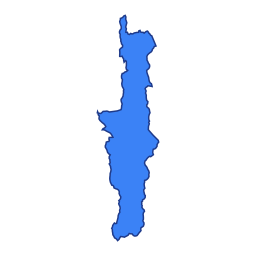 the district of Blumenau, Santa Catarina, Brazil
{"feature_id": "56859067B88872215704805", "entity_name": "Blumenau", "entity_type": "district", "adm_level": 2, "iso_a3": "BRA", "parent_name": "Brazil", "parent_adm1": "Santa Catarina", "projection": "equal_earth", "projection_center": [-49.103, -26.874], "detail": "fine", "context": "isolated", "style": "filled", "palette": "blue", "viewbox_px": 256, "rotation_deg": 0, "n_neighbors": 0, "source": "geoboundaries", "source_scale": "gbopen_adm2", "svg_char_len": 4425}
<svg xmlns="http://www.w3.org/2000/svg" viewBox="0 0 256 256"><path d="M98.2,113.1L98.2,114.8L99.3,116.0L99.1,117.5L99.0,118.9L100.0,120.5L101.1,121.5L102.2,122.6L103.8,123.8L105.1,125.3L105.8,126.5L105.0,127.6L104.1,128.2L103.1,128.6L102.3,129.8L103.7,129.8L104.8,130.1L106.1,130.9L107.2,131.5L108.3,132.0L109.9,132.8L111.1,134.0L112.2,135.8L112.9,137.3L111.8,137.4L110.7,137.4L109.2,137.4L108.9,139.1L109.4,140.1L108.9,141.4L107.6,141.6L106.3,142.1L105.9,144.3L105.3,145.7L105.3,147.2L106.1,148.5L107.0,150.2L107.5,152.2L108.7,153.8L110.2,154.8L109.2,156.7L109.2,158.5L109.9,159.6L109.9,160.9L110.2,162.8L109.2,163.9L109.8,164.9L110.5,166.3L110.7,167.9L111.1,169.4L110.8,171.5L110.2,173.4L110.1,175.4L109.9,177.0L109.8,178.8L110.0,180.4L110.4,182.2L111.1,183.7L111.8,185.2L112.9,185.4L113.7,186.3L114.0,187.9L115.9,188.8L117.3,189.2L118.5,190.1L119.3,191.7L119.1,193.4L119.7,195.1L120.8,196.9L120.5,198.7L119.8,199.7L118.8,200.6L119.4,201.7L118.7,203.7L119.2,205.1L119.8,206.2L120.1,207.4L120.2,208.7L119.6,210.2L119.8,212.4L118.9,213.6L118.2,215.5L118.0,217.7L117.3,220.4L116.9,221.8L116.6,223.4L115.4,223.6L114.4,223.0L113.4,224.4L112.7,225.5L112.4,227.2L111.7,228.3L112.3,229.3L112.4,231.4L112.7,233.0L112.9,234.8L113.8,236.2L114.6,237.9L116.0,238.6L116.8,239.4L117.6,240.6L119.0,239.4L119.8,237.8L120.7,236.5L122.0,236.7L123.2,236.8L124.3,237.2L125.7,236.5L126.9,235.9L128.2,235.1L129.2,233.5L130.7,233.8L132.2,233.9L133.2,235.3L134.4,236.0L135.8,236.0L137.1,235.5L138.1,234.2L138.8,233.2L139.5,232.3L140.2,231.6L141.0,230.6L140.7,229.1L141.1,227.6L142.4,226.9L143.4,226.1L144.0,224.2L143.9,222.7L143.2,221.7L142.9,220.4L143.4,219.3L143.4,217.6L143.3,215.8L143.1,214.2L143.5,212.6L144.5,211.3L144.1,209.9L142.9,208.9L141.9,207.3L142.2,205.7L141.6,204.4L141.8,203.1L141.6,201.8L142.5,201.2L142.6,199.8L144.1,199.0L145.1,197.6L145.3,195.6L144.5,194.5L144.3,193.2L143.9,191.9L143.7,189.8L144.9,188.2L144.5,187.0L144.3,185.7L144.1,184.0L144.6,182.3L144.6,180.4L146.2,180.0L147.4,179.0L148.3,177.9L149.0,176.4L148.8,174.6L149.2,172.7L148.7,170.8L147.8,169.5L147.0,167.5L146.2,166.2L145.3,165.4L144.5,163.1L145.0,161.0L146.0,160.2L146.8,158.9L147.8,157.7L148.7,156.9L149.6,156.3L150.7,156.7L152.2,155.6L153.4,154.7L152.7,152.7L152.9,150.6L153.3,149.2L154.8,148.9L156.1,147.8L157.1,146.1L157.0,144.8L157.7,143.4L158.7,142.1L158.2,140.3L153.9,136.0L153.1,135.2L149.3,130.9L148.3,129.6L148.4,127.9L148.5,126.1L149.3,123.8L148.7,122.3L149.5,121.1L148.8,119.7L148.7,118.3L148.7,116.7L149.0,115.3L149.4,114.0L150.0,112.8L149.6,111.2L149.3,109.4L148.6,108.2L147.7,107.6L146.8,106.6L146.8,104.7L147.6,103.8L147.9,101.6L146.7,100.4L146.4,98.9L146.2,97.0L146.3,95.5L146.0,94.2L145.5,93.1L146.1,91.0L145.1,88.7L145.8,87.5L146.7,87.0L148.0,85.8L149.5,86.0L150.7,86.2L152.1,86.5L151.8,85.1L151.4,83.7L150.2,82.9L149.3,81.3L148.9,79.3L148.6,77.2L147.6,74.6L146.9,72.4L146.7,70.5L147.4,69.7L148.3,69.0L149.3,67.8L149.7,66.1L149.5,64.7L148.4,63.2L147.7,61.4L147.0,60.2L147.0,58.1L146.8,56.7L147.5,55.0L148.6,53.8L150.1,52.6L151.3,51.8L152.1,50.6L152.4,49.3L153.6,48.0L154.3,46.5L156.0,46.0L151.7,35.7L150.6,35.3L149.9,34.0L148.9,33.2L148.4,32.2L147.5,31.1L146.3,31.4L145.1,32.3L144.1,33.1L143.1,32.3L141.8,32.4L140.6,32.0L140.0,30.4L138.8,30.9L138.6,32.4L137.1,32.4L135.5,32.7L134.1,33.0L133.0,33.8L131.8,33.9L130.7,33.4L129.4,34.5L128.0,34.0L127.4,32.3L125.9,32.3L126.0,30.6L126.4,28.8L125.7,27.1L126.2,25.0L126.8,22.8L126.3,21.1L125.7,19.3L125.9,17.0L125.2,15.4L123.8,16.0L122.8,17.3L121.5,18.1L120.4,18.4L120.3,20.0L119.7,21.4L120.0,23.0L120.6,24.8L121.2,26.5L121.2,28.8L120.2,29.9L119.5,31.5L119.5,33.0L120.2,34.2L120.1,36.2L120.3,37.9L120.8,39.2L120.8,41.3L121.3,42.4L121.5,43.8L122.6,45.2L122.5,47.1L121.7,47.7L120.5,48.5L119.6,49.8L119.8,52.1L119.8,53.6L119.7,55.0L119.7,56.4L120.8,56.5L122.1,56.2L122.8,57.8L123.6,58.8L123.7,60.5L124.1,62.2L125.4,60.6L126.3,61.3L126.4,63.0L126.4,65.3L126.0,67.7L126.5,69.6L127.7,70.3L126.5,71.5L124.7,72.1L123.5,73.3L122.2,73.5L121.8,74.7L121.5,76.0L121.6,78.1L122.4,79.5L122.2,81.7L121.8,83.3L121.9,84.9L122.3,86.6L123.1,88.0L123.8,89.5L123.4,90.9L123.6,92.1L123.3,94.0L123.1,96.0L122.2,97.8L121.1,99.3L121.1,100.8L121.5,102.2L122.2,104.0L121.7,105.6L121.5,107.9L121.1,109.6L117.4,110.9L109.3,112.0L108.3,111.5L106.9,111.1L105.1,111.3L103.1,111.4L101.8,112.7L100.8,113.5L99.6,113.3L98.2,113.1ZM98.2,113.1L97.6,111.6L97.3,112.8L98.2,113.1Z" fill="#3b82f6" stroke="#1e3a8a" stroke-width="1.5"/></svg>